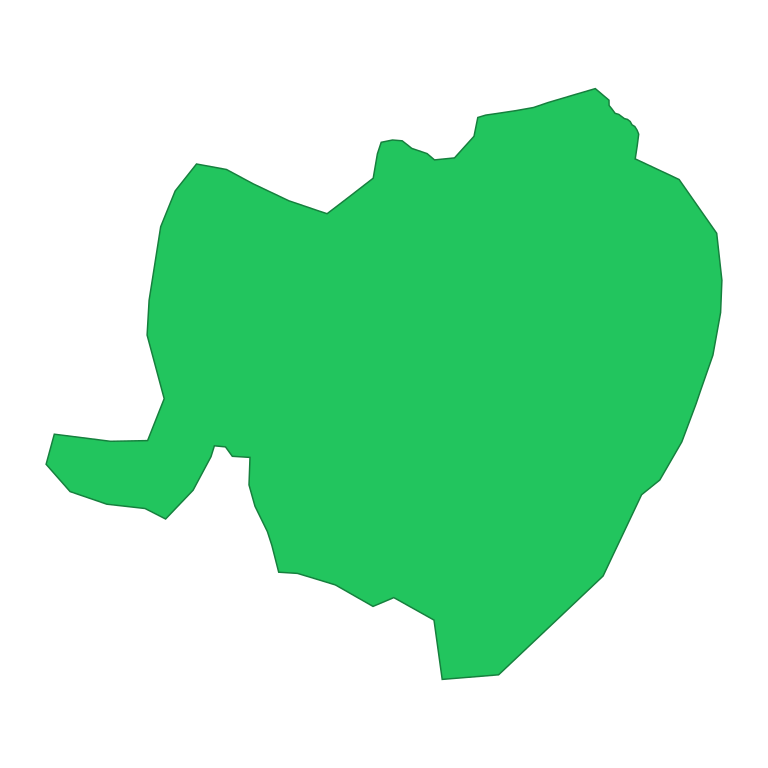 outline of Ussa, Taraba, Nigeria
{"feature_id": "59680162B61170702756328", "entity_name": "Ussa", "entity_type": "district", "adm_level": 2, "iso_a3": "NGA", "parent_name": "Nigeria", "parent_adm1": "Taraba", "projection": "robinson", "projection_center": [10.057, 7.125], "detail": "fine", "context": "isolated", "style": "filled", "palette": "green", "viewbox_px": 768, "rotation_deg": 0, "n_neighbors": 0, "source": "geoboundaries", "source_scale": "gbopen_adm2", "svg_char_len": 1183}
<svg xmlns="http://www.w3.org/2000/svg" viewBox="0 0 768 768"><path d="M498.6,674.8L556.3,620.3L603.1,576.0L610.8,559.7L613.1,554.8L619.1,542.2L641.6,494.7L659.8,480.0L681.8,441.9L696.1,403.7L700.2,391.6L712.9,355.2L720.6,312.6L721.9,280.3L716.7,233.3L679.1,179.5L635.7,159.1L635.2,159.0L637.2,145.9L638.7,134.2L637.1,130.2L634.8,126.5L632.0,124.8L630.2,121.5L627.5,119.4L624.4,118.6L618.8,114.4L615.1,113.3L611.8,108.8L609.1,105.5L609.0,100.2L595.3,88.6L575.5,94.4L547.9,102.6L533.5,107.5L516.1,110.6L496.9,113.5L485.7,115.1L477.8,117.5L474.0,136.3L454.5,157.9L434.5,159.9L427.1,153.6L411.8,148.4L408.7,145.9L402.2,140.8L392.5,140.0L381.2,142.3L377.4,153.8L373.2,178.2L347.9,197.8L327.1,213.7L317.1,210.4L288.9,200.8L253.1,183.8L226.5,169.5L196.5,164.0L175.2,190.9L160.7,226.7L149.1,300.3L147.1,335.1L164.2,398.7L147.6,440.6L110.5,441.3L54.3,434.2L46.1,464.3L70.1,491.6L106.8,504.2L145.0,508.5L165.6,519.0L193.1,490.2L211.0,456.7L214.4,445.8L225.5,446.9L232.3,456.3L250.0,457.4L249.0,484.9L255.0,506.3L267.4,531.6L271.9,545.5L278.7,572.2L297.5,573.4L335.3,584.9L373.0,606.4L393.8,597.6L434.0,620.1L442.2,679.4L498.6,674.8Z" fill="#22c55e" stroke="#15803d" stroke-width="1.5"/></svg>